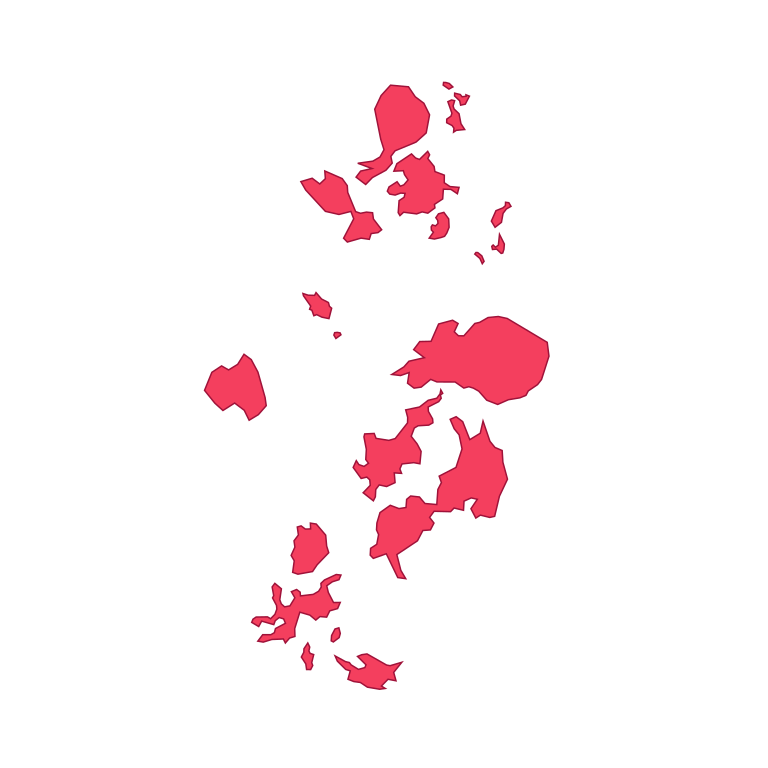 Wando-gun, South Jeolla, South Korea (Albers equal-area conic projection), rotated 127°
{"feature_id": "91817680B85222249357664", "entity_name": "Wando-gun", "entity_type": "district", "adm_level": 2, "iso_a3": "KOR", "parent_name": "South Korea", "parent_adm1": "South Jeolla", "projection": "albers", "projection_center": [126.779, 34.287], "detail": "fine", "context": "isolated", "style": "filled", "palette": "rose", "viewbox_px": 768, "rotation_deg": 127, "n_neighbors": 0, "source": "geoboundaries", "source_scale": "gbopen_adm2", "svg_char_len": 6179}
<svg xmlns="http://www.w3.org/2000/svg" viewBox="0 0 768 768"><g transform="rotate(127 384 384)"><path d="M302.7,264.6L292.1,261.0L285.6,260.9L262.5,269.0L252.5,278.7L257.5,325.0L261.3,333.3L268.3,340.9L277.2,344.7L281.0,347.9L297.5,349.2L300.7,353.6L300.0,359.3L291.1,361.2L291.8,367.6L303.2,376.5L321.6,372.1L328.6,381.0L338.7,381.0L338.7,367.6L350.8,377.8L358.4,378.4L371.7,383.5L367.3,375.9L359.7,370.8L369.2,365.7L369.2,357.5L364.1,352.4L352.2,349.5L350.5,343.0L339.6,328.4L339.2,317.8L335.1,314.6L333.5,310.1L332.7,304.0L335.1,292.2L331.9,280.9L321.7,275.2L313.2,267.1L307.6,263.8L302.7,264.6ZM422.5,245.8L419.9,240.1L431.3,239.5L435.8,230.0L430.7,228.1L426.9,219.2L423.1,216.0L404.1,224.3L385.7,228.1L374.9,242.0L366.0,249.6L367.9,257.2L366.0,264.9L354.0,282.6L365.4,277.5L376.8,282.0L366.7,298.5L366.7,306.7L372.4,309.9L377.5,301.0L379.4,293.4L388.9,282.6L407.3,276.3L424.4,284.5L428.2,278.8L435.8,277.5L448.5,269.3L454.8,279.4L452.9,287.7L457.4,295.3L462.5,296.5L469.4,292.1L474.5,297.1L477.1,306.0L489.1,309.8L499.3,306.0L505.0,302.2L507.5,297.7L516.4,293.3L523.3,295.8L529.0,292.0L529.7,287.6L518.2,280.0L530.3,256.5L526.4,249.5L522.7,258.4L512.5,271.1L489.1,262.9L477.6,264.8L472.6,259.1L465.0,260.4L463.1,267.3L455.5,267.4L445.9,254.0L440.9,253.4L437.0,244.5L429.4,249.6L422.5,245.8ZM171.5,504.0L158.1,501.4L141.6,509.6L135.8,521.1L135.8,531.9L131.9,543.3L141.4,558.6L155.4,559.9L170.1,556.8L190.5,533.9L196.9,525.0L205.1,523.8L212.7,527.0L223.5,537.8L219.1,523.2L228.0,530.8L235.6,530.8L235.7,518.7L226.1,517.5L212.1,511.1L202.6,510.4L198.1,515.5L191.1,515.5L171.5,504.0ZM437.0,321.5L428.9,312.9L426.1,307.3L415.5,313.8L411.9,321.5L409.4,330.8L400.9,333.3L396.8,331.6L389.9,323.5L385.5,321.6L382.6,324.2L379.2,332.0L375.8,334.9L365.2,329.7L361.0,329.7L358.9,332.3L356.1,331.5L354.5,335.1L358.2,333.3L363.6,333.3L370.4,338.9L381.0,341.8L391.6,351.1L396.4,345.0L400.9,341.8L420.8,342.2L426.1,346.2L432.2,357.6L429.4,362.1L435.5,369.4L438.3,368.2L446.8,358.8L455.3,353.1L456.6,348.7L461.8,350.3L463.5,355.6L461.9,360.0L469.2,358.4L473.2,345.4L468.7,341.7L469.1,337.7L473.2,334.0L483.4,335.2L483.7,322.2L479.3,323.0L473.2,327.1L467.5,327.1L464.3,320.2L456.1,315.8L448.8,322.3L444.8,316.2L442.3,320.2L437.0,321.5ZM501.1,507.6L502.1,496.7L489.1,491.8L489.1,479.8L494.1,469.9L484.1,465.9L472.2,465.0L466.3,470.9L450.4,491.8L444.4,504.7L444.5,513.7L456.4,512.7L466.3,516.6L467.3,524.6L478.3,528.5L497.1,523.5L501.1,507.6ZM188.3,447.7L187.9,439.9L181.8,442.4L186.6,450.1L187.0,457.0L180.9,461.5L183.7,471.2L180.1,474.9L177.6,484.7L173.5,485.5L171.9,489.1L183.3,490.8L184.5,494.8L183.7,500.5L200.3,506.3L208.1,504.2L202.0,496.9L204.4,493.7L206.5,487.6L213.0,488.0L216.2,490.0L214.6,495.3L223.6,498.6L228.0,497.4L228.9,493.7L226.4,488.8L221.5,485.6L219.1,481.9L222.8,480.3L228.5,482.3L238.6,475.8L239.9,472.6L235.0,471.7L228.5,460.3L223.6,457.1L221.2,451.8L212.7,449.3L210.2,451.8L200.9,448.5L192.7,453.8L188.3,447.7ZM591.3,285.9L584.8,287.5L588.9,292.8L584.0,303.0L579.6,308.3L573.0,306.2L567.4,302.2L562.5,303.4L564.9,307.5L576.3,313.6L581.2,314.4L584.0,311.9L588.9,311.5L594.6,313.9L603.5,323.2L600.7,325.7L600.7,330.1L605.6,333.0L608.4,326.5L617.8,325.6L621.8,329.3L621.4,333.7L619.0,337.4L609.3,342.7L608.9,351.2L613.4,351.2L619.4,344.7L621.9,344.3L625.5,336.6L628.3,334.1L633.6,332.5L639.7,333.3L640.1,336.9L647.1,345.9L650.7,347.1L654.0,346.2L653.1,338.1L647.0,339.0L642.5,327.2L638.5,328.4L633.6,327.2L632.0,322.8L634.4,318.7L644.6,323.5L648.6,321.9L652.3,323.5L657.2,330.0L665.3,330.0L662.8,325.1L655.5,319.8L648.2,310.9L650.2,306.9L643.7,306.5L639.2,303.2L633.1,308.1L616.9,313.9L613.2,304.1L613.6,296.4L608.3,295.2L604.7,289.5L597.8,290.8L591.3,285.9ZM266.7,479.9L262.2,478.7L258.6,491.7L254.1,496.2L257.3,501.5L261.8,505.5L263.4,510.4L252.8,528.3L247.7,532.7L245.1,541.0L249.5,559.5L255.3,554.4L262.9,555.7L262.9,565.2L272.4,572.2L276.2,563.3L281.4,534.7L275.7,522.0L266.1,514.3L270.3,507.6L291.9,504.0L292.7,498.7L281.3,490.1L277.3,482.8L271.6,484.8L266.7,479.9ZM568.6,328.6L552.0,326.6L547.9,332.3L539.8,339.6L536.6,353.8L539.4,359.1L543.9,355.4L547.2,359.5L547.2,364.8L550.4,367.2L556.1,361.5L563.4,361.5L567.9,357.0L576.8,355.0L579.2,349.3L589.4,343.6L587.7,338.3L576.8,328.2L568.6,328.6ZM613.8,195.8L608.5,202.7L595.5,202.3L605.3,209.6L606.9,212.8L609.8,235.1L613.5,238.8L617.5,241.2L619.1,229.4L622.0,228.6L627.3,232.7L628.1,241.2L627.3,244.0L628.9,247.7L630.6,259.4L633.4,254.5L635.0,242.8L633.4,238.3L641.5,235.1L639.8,229.0L636.6,223.3L636.1,214.8L630.4,203.8L626.4,199.8L626.8,204.3L617.4,203.1L613.8,195.8ZM362.0,501.4L365.9,489.4L369.1,488.4L368.5,486.0L371.7,481.1L369.1,479.5L368.0,473.8L364.9,467.3L355.0,471.4L354.8,474.3L352.4,477.4L353.7,485.0L351.9,493.3L355.0,492.8L358.7,498.0L360.5,503.2L362.0,501.4ZM233.0,435.9L240.3,435.7L237.9,431.0L232.7,426.6L229.6,424.5L225.7,424.7L219.7,426.3L213.2,431.7L210.9,439.5L215.3,442.9L220.0,442.7L221.0,439.6L223.3,437.5L226.7,438.0L227.8,441.1L230.1,440.9L232.5,438.8L233.0,435.9ZM137.6,491.2L136.6,485.2L137.6,482.1L141.0,480.0L137.9,478.9L132.2,472.7L129.8,479.2L123.0,486.7L122.2,493.5L120.4,496.1L115.2,498.1L116.5,501.0L120.1,502.9L126.9,492.7L129.8,491.7L134.7,493.3L137.6,491.2ZM192.0,389.6L184.2,387.5L176.1,391.6L170.6,391.6L165.7,389.5L164.1,393.4L165.7,396.3L168.5,394.4L171.7,395.0L178.2,398.9L189.3,396.3L192.0,389.6ZM643.6,288.6L646.5,286.6L651.8,285.7L654.6,278.0L658.6,274.0L656.2,270.7L651.7,271.5L650.1,274.0L642.4,277.3L643.6,280.9L642.4,283.3L638.8,285.0L636.7,289.0L643.6,288.6ZM211.3,378.3L208.5,375.2L209.2,369.0L207.9,368.0L204.2,369.3L199.8,372.1L195.0,381.8L204.3,376.2L207.7,377.3L207.3,380.5L209.2,380.8L211.3,378.3ZM115.2,490.6L111.6,487.5L102.7,489.0L103.7,492.6L104.8,491.6L107.6,494.5L106.9,497.3L109.2,502.6L111.5,501.0L112.3,494.0L115.2,490.6ZM616.4,274.5L620.9,271.6L620.5,269.2L613.5,267.2L609.5,268.8L605.9,273.3L609.1,275.7L616.4,274.5ZM225.6,389.7L226.0,383.0L228.8,377.9L225.8,377.9L222.8,383.0L222.6,388.2L223.6,389.7L225.6,389.7ZM109.7,516.6L109.4,509.6L105.3,507.8L104.7,512.7L106.0,516.1L107.3,517.9L109.7,516.6ZM375.1,453.5L376.6,449.8L370.6,448.0L369.6,449.8L370.9,452.4L372.7,454.3L375.1,453.5Z" fill="#f43f5e" stroke="#9f1239" stroke-width="1.5"/></g></svg>